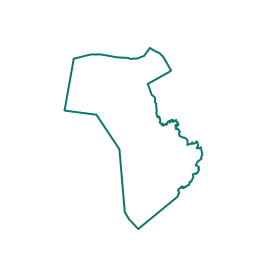 Segamat, Johor, Malaysia (Robinson projection), rotated 212°
{"feature_id": "92858781B96897508285102", "entity_name": "Segamat", "entity_type": "district", "adm_level": 2, "iso_a3": "MYS", "parent_name": "Malaysia", "parent_adm1": "Johor", "projection": "robinson", "projection_center": [102.787, 2.5], "detail": "fine", "context": "isolated", "style": "outline", "palette": "teal", "viewbox_px": 256, "rotation_deg": 212, "n_neighbors": 0, "source": "geoboundaries", "source_scale": "gbopen_adm2", "svg_char_len": 3239}
<svg xmlns="http://www.w3.org/2000/svg" viewBox="0 0 256 256"><g transform="rotate(212 128 128)"><path d="M65.8,47.8L51.0,91.8L49.6,96.2L49.6,96.5L49.8,97.3L50.0,97.7L50.1,98.2L50.1,98.8L50.0,99.4L50.3,100.0L51.1,100.6L51.3,101.0L51.7,101.2L52.4,101.6L52.6,101.9L52.6,102.5L52.5,103.0L52.4,103.6L52.0,104.3L51.7,104.9L51.6,105.5L51.5,106.2L51.5,106.8L51.1,107.0L50.7,106.4L50.4,106.2L49.7,106.2L49.0,106.5L49.1,107.0L49.4,107.4L49.3,107.7L48.9,107.8L48.3,107.9L48.2,108.2L47.7,108.7L47.6,109.2L47.8,109.5L47.5,110.0L47.2,110.3L47.0,111.1L46.7,111.5L46.2,111.8L46.1,112.3L46.3,112.8L46.5,113.4L46.7,113.9L47.0,114.4L47.0,114.9L46.7,115.4L46.3,115.5L46.3,116.3L46.1,117.5L46.2,118.3L46.4,118.9L46.5,119.6L46.5,120.6L47.0,121.6L47.4,121.9L48.0,122.3L48.3,122.7L48.2,123.5L47.2,124.4L46.8,125.2L46.3,125.2L46.0,125.2L45.6,125.6L45.5,126.2L45.8,126.6L45.5,127.1L45.3,127.7L45.4,128.5L45.6,129.6L45.7,130.5L46.2,130.5L46.7,130.6L47.0,131.9L47.2,132.4L50.8,132.4L51.2,136.6L50.7,137.4L50.2,138.5L49.9,139.5L49.5,140.3L49.5,141.1L50.3,141.8L50.7,142.7L50.7,144.1L51.1,145.1L55.9,150.1L56.7,148.5L58.0,147.8L58.9,147.4L59.2,148.6L58.9,149.7L59.3,150.6L60.3,151.3L61.6,152.4L61.9,153.0L62.8,152.7L62.7,151.6L62.9,150.9L63.4,150.3L64.2,149.4L64.9,149.5L65.8,149.7L65.5,148.4L66.7,147.6L67.7,146.4L68.7,145.3L69.6,147.1L70.4,148.1L71.1,148.8L71.8,149.5L73.0,149.7L74.1,149.9L75.1,149.7L76.5,149.0L79.2,148.7L80.3,148.8L81.0,149.7L81.8,150.2L82.1,151.2L82.0,152.3L82.5,152.6L83.0,152.8L83.4,152.9L83.8,153.0L84.4,153.4L85.1,153.5L85.6,153.4L86.0,153.2L86.5,152.6L86.9,152.6L86.8,153.1L86.9,153.6L87.3,154.0L87.5,154.4L87.9,154.4L88.5,154.3L88.5,154.6L88.2,155.0L88.1,155.3L88.2,155.7L88.7,155.5L88.9,155.6L88.5,155.9L88.3,156.1L88.3,156.4L88.6,156.4L88.5,156.6L88.1,156.7L88.1,157.0L87.8,157.1L87.6,156.7L87.4,156.3L87.1,156.5L87.2,156.8L86.9,157.1L87.3,157.5L87.7,157.9L87.8,158.2L88.0,158.5L88.7,158.6L89.0,158.9L89.2,159.1L89.6,159.1L90.2,158.9L90.6,158.9L90.6,159.3L90.8,159.3L91.2,158.9L91.4,159.0L91.6,159.7L92.0,159.2L92.3,159.2L92.7,158.8L92.7,158.3L92.7,157.7L93.1,157.1L93.4,157.4L93.7,157.9L94.0,158.2L94.4,158.3L95.0,158.3L95.3,158.0L95.3,157.6L95.0,156.9L95.0,156.4L95.2,155.8L95.4,155.3L95.8,156.0L96.0,156.3L96.2,155.8L96.1,155.2L96.5,155.1L96.9,155.4L97.2,155.1L97.4,154.6L97.6,154.0L97.4,153.4L97.1,152.9L97.0,152.3L97.4,152.1L97.4,151.5L97.9,151.8L98.3,151.4L98.3,150.6L98.5,150.2L99.2,149.0L99.8,148.7L99.8,149.2L99.7,149.6L100.5,150.0L101.0,149.4L101.4,148.8L102.7,149.5L103.5,149.5L104.3,149.7L104.3,150.3L104.2,150.8L104.7,151.6L105.5,152.4L106.2,152.5L106.5,153.2L107.2,154.0L108.1,154.1L108.4,153.1L109.5,153.3L110.0,153.9L111.0,154.7L111.4,155.4L112.4,156.1L112.4,157.1L113.2,158.4L115.5,161.2L116.5,162.9L117.1,163.6L118.7,164.3L119.5,165.1L119.9,166.5L120.7,167.4L121.9,168.3L123.2,168.5L124.5,168.5L125.3,168.6L134.6,175.9L122.8,197.3L122.0,199.6L135.6,206.9L138.7,207.7L141.4,208.2L146.0,207.5L151.8,207.5L152.6,197.6L157.3,191.5L160.0,189.8L162.5,187.8L164.6,187.6L166.9,186.5L171.6,183.8L175.9,181.6L180.9,179.7L187.5,177.0L190.6,175.7L193.9,173.5L197.9,171.1L200.8,168.3L210.7,158.0L191.1,109.3L190.3,109.5L161.8,122.5L124.0,105.4L86.2,55.0L78.6,51.1L65.8,47.8Z" fill="none" stroke="#0f766e" stroke-width="2"/></g></svg>